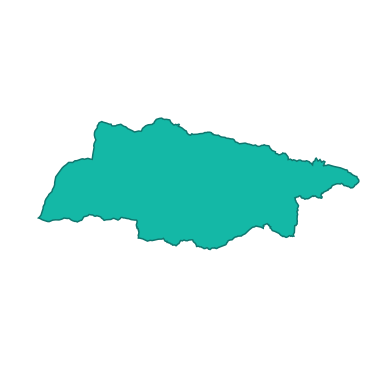 the district of Baile Olanesti, Vâlcea, Romania, rotated 313°
{"feature_id": "2599482B90151586146319", "entity_name": "Baile Olanesti", "entity_type": "district", "adm_level": 2, "iso_a3": "ROU", "parent_name": "Romania", "parent_adm1": "Vâlcea", "projection": "mercator", "projection_center": [24.186, 45.236], "detail": "fine", "context": "isolated", "style": "filled", "palette": "teal", "viewbox_px": 384, "rotation_deg": 313, "n_neighbors": 0, "source": "geoboundaries", "source_scale": "gbopen_adm2", "svg_char_len": 6077}
<svg xmlns="http://www.w3.org/2000/svg" viewBox="0 0 384 384"><g transform="rotate(313 192 192)"><path d="M302.7,302.4L303.3,305.5L304.0,305.8L304.7,306.6L306.9,306.8L308.1,306.4L309.2,306.9L312.6,307.1L313.4,306.9L314.5,305.8L315.0,303.0L315.7,302.0L314.9,300.8L314.6,299.3L314.2,298.6L314.1,297.0L313.7,296.5L314.0,296.0L314.1,295.3L312.9,292.5L313.6,291.3L313.8,290.3L312.6,288.7L312.6,288.3L310.9,284.1L307.5,278.4L305.1,273.6L304.5,272.9L303.0,272.2L301.9,271.0L300.4,270.0L301.9,270.2L302.6,269.3L304.7,268.7L304.4,267.2L302.2,266.4L302.7,264.9L303.0,263.5L302.0,263.5L300.6,263.0L301.5,259.8L301.0,259.6L300.1,259.8L298.9,260.6L296.8,260.2L295.0,260.9L294.0,261.7L294.0,260.9L294.4,259.9L293.8,258.3L294.1,257.4L293.1,254.7L292.7,254.2L291.5,253.9L291.1,253.0L289.7,251.5L289.3,249.6L288.3,248.5L285.9,247.6L285.8,246.5L284.9,244.4L283.4,243.8L283.5,242.8L283.2,242.4L283.2,241.6L281.3,240.2L282.2,239.5L283.2,238.2L283.9,234.0L283.3,233.5L283.2,233.0L282.6,232.4L282.5,231.8L281.7,231.9L279.4,231.0L278.3,230.1L278.2,228.6L277.3,227.1L277.3,226.6L278.3,225.6L277.0,222.3L277.4,218.8L278.2,217.2L277.9,216.3L276.3,214.2L275.7,212.5L275.0,212.5L273.4,211.0L272.2,210.7L271.2,210.1L270.1,208.8L269.7,206.4L267.6,204.9L266.9,202.9L266.4,202.3L266.2,201.5L265.0,199.8L264.8,199.1L264.0,197.5L259.6,193.8L259.0,191.0L258.2,189.7L258.9,187.0L258.6,185.7L257.3,184.2L256.0,181.9L255.1,180.9L254.6,179.8L254.5,178.9L252.4,176.2L251.9,174.9L251.5,172.5L250.3,171.4L248.5,168.5L248.4,168.1L248.8,167.8L248.7,167.2L248.3,166.8L248.6,165.7L247.9,164.3L246.2,162.5L245.1,161.9L244.4,160.9L242.3,160.1L240.1,158.0L238.0,156.6L234.8,153.5L234.5,152.2L233.3,152.1L232.7,152.3L232.4,152.0L231.7,150.4L231.7,148.3L232.4,147.0L232.7,146.0L232.2,144.6L232.0,141.0L231.5,139.2L230.7,137.3L232.6,136.7L232.6,136.2L230.6,135.0L230.4,134.0L228.9,133.3L228.5,132.7L228.6,130.7L228.4,129.5L229.5,126.5L227.6,123.6L226.3,122.4L225.4,120.5L225.5,120.0L225.2,119.3L223.6,118.0L220.8,116.4L217.9,116.6L216.6,117.2L215.7,116.9L214.3,116.8L211.2,114.1L208.8,113.0L204.8,112.5L202.2,113.4L201.6,113.3L200.1,111.3L196.7,109.1L195.9,105.9L195.4,104.6L195.2,103.6L194.6,102.4L194.5,99.1L193.5,97.2L193.0,93.8L189.6,91.4L188.3,91.1L185.9,88.6L185.8,87.9L186.4,86.6L185.1,85.1L184.2,82.7L182.4,79.3L182.0,78.0L179.4,76.9L178.6,77.0L177.8,77.4L175.9,77.6L174.3,79.0L170.6,79.4L168.8,80.3L167.0,81.8L165.7,83.7L164.5,86.2L160.7,87.4L158.7,88.7L158.0,89.9L151.5,94.1L147.8,96.8L146.7,95.2L145.6,92.9L142.4,90.9L141.9,89.6L140.8,88.7L136.5,86.5L135.0,85.1L132.2,84.6L130.6,82.7L129.4,81.6L126.4,81.4L123.2,80.8L121.1,80.7L110.2,82.0L105.3,85.1L103.6,86.6L101.4,87.6L98.6,88.3L96.8,89.3L92.6,89.0L91.6,89.4L87.2,90.0L85.0,90.8L82.8,92.5L80.9,92.8L79.6,93.3L78.5,94.3L72.2,97.3L69.8,97.6L68.3,97.4L69.0,99.0L69.5,101.2L69.9,102.2L71.9,106.5L73.0,107.8L76.4,109.3L78.5,111.1L81.0,113.9L83.3,115.3L85.7,116.2L87.5,118.8L88.8,120.0L89.1,120.5L89.0,121.2L89.1,122.4L89.6,124.2L90.5,126.2L91.5,127.3L91.8,128.5L95.3,129.9L95.9,130.5L96.9,130.5L99.8,129.8L101.1,130.3L101.7,130.9L103.7,132.0L105.4,132.1L106.6,134.0L107.5,135.0L107.7,136.6L108.0,137.4L108.8,138.2L109.7,138.4L111.3,141.7L111.5,142.7L111.2,143.5L111.5,145.4L111.3,146.5L111.4,147.1L113.1,148.1L116.6,151.4L118.8,152.2L119.3,152.7L119.8,153.5L120.4,155.4L120.8,155.9L120.9,156.8L121.2,157.1L123.4,157.6L124.7,157.4L125.6,158.0L126.4,159.7L127.0,160.3L128.4,162.8L129.3,163.8L130.3,166.3L132.6,169.5L133.4,170.2L133.6,171.0L133.2,171.9L132.5,172.2L132.2,172.7L130.3,173.5L129.2,174.6L129.1,175.2L128.6,175.7L128.8,175.9L128.4,176.2L128.4,176.8L128.0,176.9L128.4,177.7L127.9,178.1L127.8,178.6L127.3,179.0L127.1,179.4L127.2,179.8L126.6,180.1L126.3,180.8L125.6,181.1L124.4,182.1L124.3,181.9L123.7,182.1L123.1,183.1L121.7,184.2L122.4,184.9L124.1,187.9L125.7,192.9L128.1,194.3L129.3,196.0L134.7,199.7L136.5,201.6L137.5,202.4L138.5,202.6L138.4,203.7L137.8,205.4L137.8,206.0L138.3,206.7L138.3,207.4L138.7,207.5L138.2,208.2L138.8,208.9L138.9,209.6L139.6,210.9L139.5,211.8L140.2,213.1L139.9,213.7L139.9,214.0L141.5,215.5L141.8,217.0L144.8,217.3L145.4,217.6L148.7,216.7L149.3,217.4L149.5,218.2L151.5,218.9L152.0,220.4L153.1,221.8L154.7,222.5L157.2,224.7L157.4,225.4L156.8,226.3L156.6,227.1L156.7,229.7L156.0,231.5L155.3,232.5L156.7,233.7L157.3,235.3L158.2,236.1L158.2,237.1L158.8,238.7L158.8,239.4L160.0,240.4L161.4,240.9L161.7,241.8L161.5,243.0L162.3,244.5L164.3,244.7L165.2,245.3L166.1,246.5L166.7,246.6L166.9,247.7L167.5,248.6L169.5,249.2L176.4,252.6L177.8,252.5L178.6,252.0L179.5,252.1L181.2,251.7L183.0,252.7L184.4,253.9L187.1,254.0L189.0,254.5L189.7,255.3L190.9,255.6L193.6,258.2L194.6,258.2L197.9,259.4L203.6,259.7L207.5,260.3L208.9,261.4L210.7,262.0L213.3,266.3L214.1,268.8L214.8,268.1L215.8,267.9L215.7,267.6L216.2,266.9L220.1,268.5L220.0,269.5L220.3,270.0L220.3,271.0L219.9,271.0L219.9,272.1L220.2,273.3L219.0,273.5L219.2,274.6L218.6,277.1L219.7,279.5L221.1,283.9L220.9,286.4L221.2,287.7L221.3,288.6L221.9,288.9L222.0,289.4L222.4,289.6L222.9,291.6L223.4,292.1L225.0,292.7L226.5,293.0L226.8,293.5L226.9,294.3L227.7,294.5L227.7,295.1L228.1,295.8L228.5,295.8L229.1,296.6L230.2,294.9L232.2,294.5L237.4,290.1L238.5,290.9L239.5,290.5L240.3,290.7L241.3,289.7L242.4,289.0L243.8,287.3L245.9,285.6L246.2,285.1L246.9,285.0L247.7,284.5L249.3,281.9L249.8,281.8L250.2,282.1L251.0,281.9L251.5,280.6L251.8,280.3L253.8,279.7L254.7,279.1L255.4,276.6L255.6,275.2L256.4,273.9L256.6,272.9L257.8,271.8L257.7,271.6L257.9,271.4L258.1,271.5L258.1,271.3L259.8,272.1L260.8,272.9L262.5,273.2L263.1,274.5L262.6,275.2L262.5,276.5L263.6,277.9L263.6,279.2L263.8,279.5L265.2,280.2L265.8,281.1L266.7,281.7L271.7,283.0L271.5,283.7L273.3,284.9L273.3,286.5L273.9,288.4L275.3,289.5L275.1,289.9L275.9,291.0L277.1,290.6L277.3,289.1L277.6,288.5L279.6,287.7L280.0,288.0L280.1,288.5L281.7,288.4L286.0,290.1L286.3,289.9L286.5,290.3L287.6,290.0L288.6,290.5L289.4,290.5L289.4,290.8L289.7,290.9L292.4,290.2L296.8,292.3L298.5,294.2L298.8,294.9L300.2,295.4L300.4,295.7L300.6,297.1L300.4,298.8L301.9,300.8L301.8,301.1L302.2,302.1L302.7,302.4Z" fill="#14b8a6" stroke="#0f766e" stroke-width="1.5"/></g></svg>